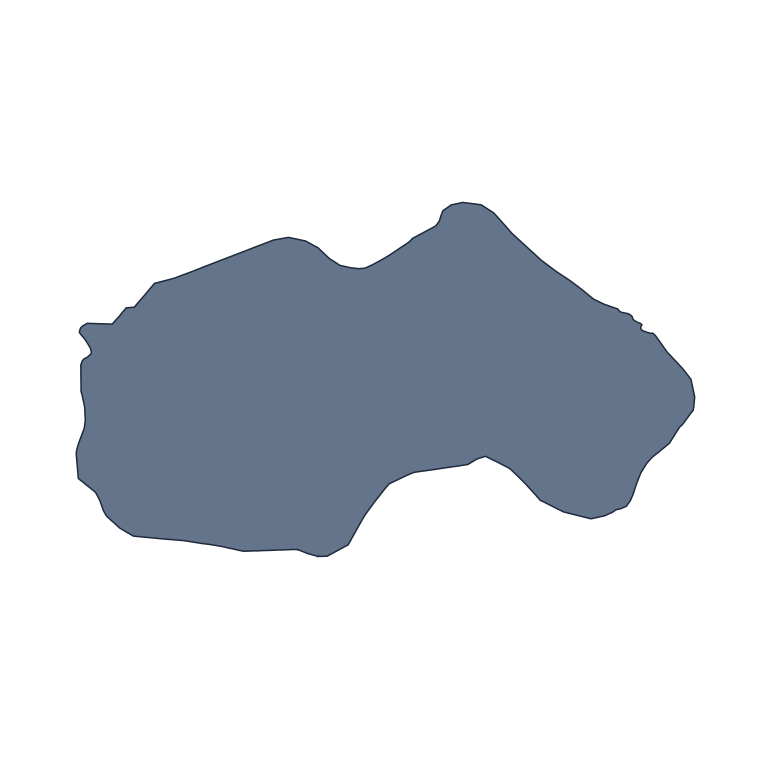 the district of Gunung Mas, Kalimantan Tengah, Indonesia, rotated 100°
{"feature_id": "22746128B12491014044373", "entity_name": "Gunung Mas", "entity_type": "district", "adm_level": 2, "iso_a3": "IDN", "parent_name": "Indonesia", "parent_adm1": "Kalimantan Tengah", "projection": "natural_earth1", "projection_center": [113.623, -0.987], "detail": "fine", "context": "isolated", "style": "filled", "palette": "slate", "viewbox_px": 768, "rotation_deg": 100, "n_neighbors": 0, "source": "geoboundaries", "source_scale": "gbopen_adm2", "svg_char_len": 4769}
<svg xmlns="http://www.w3.org/2000/svg" viewBox="0 0 768 768"><g transform="rotate(100 384 384)"><path d="M480.8,156.7L475.4,143.7L470.9,137.1L467.4,133.4L465.6,129.0L462.3,124.1L456.0,121.1L449.7,119.6L438.5,118.0L427.2,115.7L416.6,111.5L409.6,107.2L403.5,101.8L392.9,92.7L375.1,85.4L372.2,83.1L360.2,77.1L356.3,75.0L352.0,75.0L342.7,75.8L333.5,79.5L326.1,82.5L317.1,92.4L306.1,107.0L303.4,110.7L292.5,121.7L289.8,124.4L289.7,124.5L288.0,127.0L287.3,127.9L287.5,128.8L287.7,129.7L287.7,130.9L287.6,132.1L287.5,133.5L287.3,134.9L286.9,135.9L286.8,136.1L287.0,137.1L286.8,137.8L286.5,138.6L285.9,139.7L284.9,140.7L284.0,141.0L283.3,140.9L282.7,140.9L282.0,140.7L281.3,140.2L281.1,140.2L279.9,141.6L279.4,144.5L278.7,146.7L277.3,149.8L276.1,150.5L275.1,150.9L273.9,152.1L273.3,153.1L272.8,154.5L272.3,155.9L272.3,157.5L272.2,160.2L272.2,161.5L272.0,163.4L271.2,165.0L270.1,166.4L269.6,166.9L269.4,167.0L268.9,171.0L267.1,181.5L264.1,192.2L256.3,206.1L249.8,218.9L243.0,234.5L234.8,250.6L213.3,284.4L206.9,292.3L203.4,296.7L196.4,305.7L191.0,318.6L190.7,319.3L190.7,319.7L190.7,320.1L190.9,325.9L191.0,327.1L191.5,337.9L195.9,348.8L201.1,354.1L202.2,355.2L203.0,356.0L208.6,357.2L213.4,357.7L216.2,358.9L219.4,360.6L227.0,370.2L235.8,381.4L236.0,381.3L240.3,384.4L243.6,387.9L246.5,391.0L252.4,397.1L254.7,399.5L254.9,399.7L256.1,401.0L260.0,405.4L261.0,406.7L261.0,406.8L261.3,407.0L268.2,415.6L273.1,422.6L273.3,423.3L273.6,424.2L273.9,425.5L274.8,429.0L274.9,430.7L275.3,437.3L274.9,445.4L274.8,448.1L273.9,450.2L272.1,454.3L270.7,457.8L270.4,458.4L269.9,459.6L261.1,473.0L260.9,473.8L258.5,481.1L257.9,482.8L256.7,486.4L256.7,487.9L256.6,491.8L256.5,493.5L256.2,503.6L259.7,513.1L261.5,518.0L263.9,521.9L264.4,522.8L269.0,530.4L269.6,531.5L272.1,535.7L277.2,544.0L283.6,554.7L284.6,556.3L287.7,561.5L291.7,568.2L294.4,572.6L300.1,582.1L304.3,588.8L308.2,595.3L312.2,602.2L316.2,608.9L319.5,616.0L324.7,627.4L329.2,630.1L339.1,635.8L346.8,640.4L351.8,643.3L352.2,645.2L353.7,651.0L355.7,652.2L359.5,654.5L362.8,656.2L372.2,662.1L374.4,677.1L375.8,686.9L379.6,691.3L381.8,692.6L384.6,693.0L386.3,692.9L387.9,691.1L388.0,691.0L391.9,686.3L396.4,682.2L399.2,679.8L399.7,679.5L403.5,677.6L405.1,677.7L408.9,680.6L411.4,683.8L413.5,685.1L418.0,685.9L422.7,685.0L437.1,682.3L444.1,681.0L447.7,679.2L458.7,674.8L471.5,671.9L479.5,671.5L495.7,674.5L496.6,674.5L497.3,674.7L498.5,674.8L499.8,675.0L500.8,675.0L503.9,675.2L504.9,675.1L505.1,675.1L506.6,674.9L514.1,672.9L530.2,668.6L530.6,667.8L531.1,666.9L531.5,666.2L531.9,665.4L532.4,664.4L532.8,663.7L533.3,662.8L533.6,662.2L534.2,661.4L535.5,658.9L536.3,657.4L536.5,657.0L536.8,656.4L538.0,654.3L538.7,653.0L540.7,649.4L546.2,645.0L548.5,643.4L557.9,638.0L558.0,637.9L562.1,634.5L566.0,628.5L566.7,627.4L567.4,626.0L571.5,619.7L571.7,619.4L573.2,615.4L574.3,612.7L577.3,604.4L577.2,603.1L577.0,600.5L576.1,588.9L576.0,588.5L576.0,588.3L575.6,583.0L575.2,577.3L575.0,575.6L574.0,564.2L573.9,564.1L573.9,563.9L573.0,553.6L572.7,536.2L572.7,535.6L572.3,528.5L572.2,522.8L572.2,520.1L572.1,517.7L572.2,516.4L572.2,515.5L572.6,506.9L572.6,506.7L572.6,505.3L572.5,504.7L572.7,504.1L572.7,503.4L573.0,497.5L573.0,496.1L573.0,495.2L573.1,494.6L573.1,493.7L573.0,493.1L572.9,492.7L572.7,491.5L572.6,490.7L572.5,490.3L572.3,489.9L572.2,489.1L572.0,488.2L571.9,487.4L571.8,487.1L571.7,486.9L571.5,485.8L571.5,485.6L571.3,485.0L571.2,484.6L571.2,484.0L571.2,483.8L571.1,483.7L571.0,483.3L570.8,482.8L570.4,480.4L570.0,477.8L569.6,476.9L569.5,476.7L569.0,473.9L568.1,469.6L568.0,469.2L567.8,468.1L567.6,467.1L567.3,465.7L566.9,464.3L566.9,463.9L566.7,463.6L566.8,463.2L566.6,462.5L566.6,462.1L566.2,461.2L566.1,460.8L565.5,457.4L565.4,457.0L565.4,456.6L565.3,456.2L564.8,454.0L564.4,452.5L564.2,451.1L562.9,445.6L562.8,445.0L562.2,441.2L562.3,440.6L562.2,440.6L562.0,440.4L563.8,431.8L563.9,431.4L564.1,430.2L564.2,429.9L564.3,429.3L564.3,429.1L564.4,428.0L564.4,427.0L564.4,426.9L564.7,425.2L564.8,424.0L564.9,423.2L564.9,422.8L565.0,421.5L565.0,420.7L565.1,420.0L565.1,419.9L565.1,419.1L565.0,418.8L565.3,418.9L565.2,418.7L564.3,414.0L563.5,410.1L548.5,391.3L530.9,385.2L521.3,381.8L515.8,379.7L510.1,376.9L503.4,373.6L500.1,371.9L497.2,370.3L488.5,365.7L488.0,365.4L483.0,362.5L481.6,361.8L479.8,359.3L479.0,358.3L479.0,358.2L476.3,354.4L471.2,347.4L465.9,339.3L463.2,331.3L462.5,328.9L459.2,318.8L455.5,307.9L451.4,295.2L450.2,292.0L448.8,287.6L447.2,285.8L447.2,285.7L441.7,279.4L437.6,271.6L438.8,267.4L441.2,258.9L440.8,258.8L441.1,258.8L441.3,258.4L442.0,256.4L443.6,251.4L444.7,247.6L445.7,245.0L450.9,237.1L457.7,227.4L464.6,218.5L465.8,217.0L466.3,216.3L471.5,209.8L472.4,206.2L473.2,203.6L473.2,203.4L473.3,203.4L478.8,184.9L479.8,171.1L480.5,161.4L480.8,156.7Z" fill="#64748b" stroke="#1e293b" stroke-width="1.5"/></g></svg>